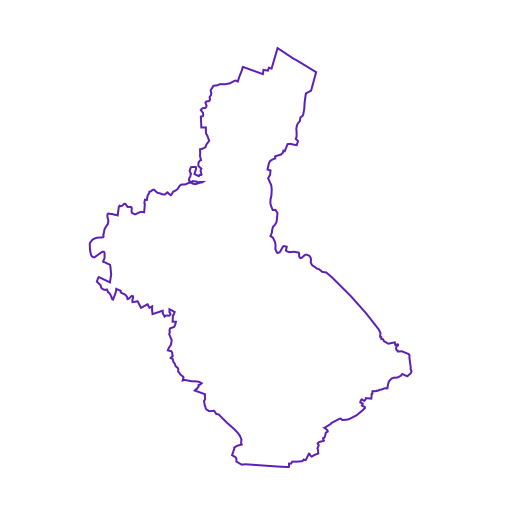 Don Tum, Nakhon Pathom, Thailand (Robinson projection), rotated 6°
{"feature_id": "78962969B74953703233818", "entity_name": "Don Tum", "entity_type": "district", "adm_level": 2, "iso_a3": "THA", "parent_name": "Thailand", "parent_adm1": "Nakhon Pathom", "projection": "robinson", "projection_center": [100.086, 13.961], "detail": "fine", "context": "isolated", "style": "outline", "palette": "violet", "viewbox_px": 512, "rotation_deg": 6, "n_neighbors": 0, "source": "geoboundaries", "source_scale": "gbopen_adm2", "svg_char_len": 6125}
<svg xmlns="http://www.w3.org/2000/svg" viewBox="0 0 512 512"><g transform="rotate(6 256 256)"><path d="M195.8,91.2L194.9,93.4L193.6,95.7L193.7,96.8L194.3,98.0L194.5,99.3L194.4,100.9L193.3,102.7L193.3,103.6L193.9,104.7L193.6,106.2L192.9,107.0L190.5,107.5L189.7,108.5L189.8,109.2L191.1,111.6L190.9,113.1L190.1,114.1L187.2,114.7L185.8,116.6L188.3,119.3L188.8,121.2L188.5,122.5L186.6,123.1L188.2,133.9L192.7,133.4L193.4,139.3L195.0,141.4L197.4,146.3L195.0,150.3L194.3,153.2L191.5,154.9L189.2,155.7L189.8,160.5L189.7,162.0L191.3,166.4L190.1,167.1L189.1,169.2L189.0,170.1L189.3,172.5L192.5,174.9L192.1,175.9L192.0,177.1L193.3,180.8L193.0,181.2L191.3,181.3L190.9,182.5L190.7,182.6L186.2,180.9L187.3,175.5L187.0,174.0L186.7,173.7L182.2,174.4L181.7,175.4L181.1,178.3L182.0,180.0L182.7,180.7L182.3,184.0L181.7,185.1L181.3,187.4L181.5,188.1L182.6,188.8L183.7,189.0L184.8,188.9L185.4,188.1L189.4,188.2L190.1,189.0L192.3,188.3L195.4,187.9L194.8,188.4L192.4,189.0L188.2,190.9L185.7,190.7L184.1,189.9L182.6,190.0L180.9,190.6L178.6,192.1L174.2,192.8L172.8,194.0L171.1,197.5L169.2,199.3L167.0,200.6L165.2,204.3L164.8,204.5L161.2,202.0L158.9,204.4L155.8,204.4L155.2,204.0L151.1,203.3L147.7,200.8L146.9,200.8L146.1,201.1L144.9,202.6L143.3,203.1L143.1,204.6L141.9,207.3L141.6,211.7L139.7,211.6L139.4,215.0L140.0,215.8L140.2,224.2L137.6,224.0L135.7,224.7L131.5,227.2L128.6,226.3L128.0,225.9L127.5,224.2L127.5,221.7L127.1,220.6L126.2,220.3L123.2,220.6L120.7,217.9L119.7,217.8L119.2,218.1L118.1,219.7L117.5,220.0L115.9,220.7L115.0,220.3L114.5,221.3L114.4,222.2L114.2,230.1L112.7,229.7L110.9,229.8L108.7,229.2L107.1,229.4L104.6,229.2L104.0,229.8L104.0,232.2L105.7,237.0L105.2,238.4L105.4,239.5L103.6,242.7L102.5,245.4L102.2,249.6L101.9,250.8L102.4,252.7L101.7,253.5L96.5,254.3L94.8,254.9L91.9,256.6L89.7,259.9L89.4,261.4L90.4,267.8L91.7,271.8L92.7,273.4L93.8,274.0L95.4,274.3L102.1,268.3L103.3,267.7L104.1,267.7L104.6,268.0L105.1,268.9L105.6,274.0L104.5,277.4L104.9,277.9L106.7,278.2L111.7,280.0L112.4,282.1L113.9,289.6L113.5,297.5L101.9,293.4L101.3,294.4L100.4,298.1L104.3,301.1L105.4,303.7L106.4,304.6L108.4,305.4L109.8,305.5L110.5,305.0L111.5,305.0L112.6,307.5L113.8,308.0L115.2,309.6L116.7,312.2L117.1,313.5L117.7,314.0L118.4,314.3L119.6,309.7L120.5,306.0L120.5,303.3L125.1,304.8L125.2,306.1L126.1,306.8L129.2,307.8L130.7,308.7L132.0,310.2L132.8,312.3L133.9,311.8L136.6,308.7L137.9,308.9L138.1,311.1L137.6,312.6L138.0,314.8L143.0,313.4L147.1,319.6L153.2,315.3L153.4,315.4L154.4,317.3L155.1,317.8L155.5,318.6L158.0,316.9L158.2,320.3L159.2,324.6L168.9,320.2L169.2,322.6L171.4,325.8L172.5,324.7L175.8,324.4L176.5,324.0L177.0,323.2L176.9,322.4L175.8,321.0L175.5,318.0L181.0,320.2L180.2,323.1L179.6,323.7L179.9,330.0L183.2,329.8L182.9,332.5L182.1,335.0L178.1,337.0L177.7,339.1L178.3,340.8L177.8,342.7L181.0,348.7L180.7,353.1L178.8,356.7L178.2,359.1L181.7,359.6L182.7,360.7L183.1,362.8L183.7,364.0L181.8,366.3L184.0,367.2L184.9,369.9L186.4,371.5L187.7,374.1L190.1,375.7L190.5,376.8L190.7,379.1L191.7,379.8L193.0,381.7L195.4,383.1L196.6,384.2L196.1,387.4L197.9,386.7L205.4,387.3L210.0,386.9L212.8,387.2L215.3,388.2L213.9,389.7L212.4,390.3L212.5,392.2L211.8,392.7L211.3,394.2L210.0,395.0L209.1,396.2L219.8,398.8L219.7,400.6L220.2,402.1L220.3,404.0L219.4,405.7L220.5,409.4L222.1,413.0L222.8,413.8L225.4,415.1L226.9,415.1L230.3,414.3L231.1,414.9L233.0,417.3L235.3,417.4L245.0,425.2L252.1,430.2L256.0,433.5L258.7,436.4L260.7,440.1L260.7,443.6L261.5,445.0L257.1,446.7L254.4,448.8L254.5,450.1L253.0,456.6L256.7,458.3L257.8,460.1L258.0,462.5L263.5,465.0L267.6,464.2L300.2,463.1L310.7,462.5L310.9,462.0L310.5,459.0L312.6,458.8L313.6,456.7L318.0,456.3L323.1,455.3L323.8,455.0L324.8,453.4L326.3,453.8L326.9,453.6L329.3,447.0L329.7,447.0L331.0,448.8L332.4,449.7L334.5,448.0L338.6,445.9L337.9,442.4L337.2,440.7L338.2,437.6L337.1,436.4L336.9,435.8L338.3,434.4L342.4,432.9L342.8,432.4L341.9,431.0L341.7,430.2L342.5,429.8L343.1,429.1L343.6,427.4L343.9,424.4L345.7,423.1L345.1,421.6L341.9,419.7L343.1,419.0L347.6,415.4L348.8,414.0L356.1,409.1L357.3,408.9L358.6,409.9L359.4,410.1L364.1,409.1L366.3,408.1L372.9,403.7L377.6,398.9L380.3,395.7L379.8,394.6L377.9,394.2L376.9,393.6L377.7,392.1L377.6,391.6L375.0,390.7L375.4,388.4L376.3,387.5L378.7,388.8L380.0,387.3L380.1,385.9L385.6,385.8L385.5,381.0L386.1,380.8L386.0,378.3L389.7,377.8L390.2,377.3L391.4,377.3L392.8,376.2L394.5,375.8L397.5,374.3L398.9,373.9L399.8,374.1L400.5,373.9L400.6,371.0L401.2,367.2L402.6,364.9L403.8,363.6L406.5,362.4L408.1,362.5L410.3,361.5L412.5,360.0L413.8,358.1L419.0,359.8L421.8,356.9L422.5,355.6L422.6,354.5L421.5,351.9L421.6,350.9L419.3,341.6L418.9,338.3L417.9,337.5L410.9,335.5L407.2,336.2L406.8,335.3L405.7,335.1L404.9,333.2L405.2,331.2L406.5,330.2L406.5,329.2L406.2,329.0L403.9,329.9L403.0,327.4L396.8,329.4L392.1,327.3L391.2,325.6L389.2,325.3L389.1,323.6L387.9,323.4L387.8,319.6L385.9,316.4L371.4,301.4L354.5,286.0L333.8,269.3L327.7,265.1L323.4,264.8L320.2,262.6L317.9,262.1L312.6,259.1L311.1,256.6L311.1,253.9L310.6,252.2L309.7,250.9L308.8,250.1L306.1,249.4L304.7,249.7L301.5,253.1L300.3,253.5L299.0,252.0L298.5,248.6L298.1,248.1L293.3,247.8L289.0,248.7L286.2,248.1L285.4,247.6L285.2,247.1L285.6,243.6L283.0,243.2L281.9,243.7L279.4,249.5L278.1,250.4L276.9,250.7L276.4,250.3L274.5,247.0L274.3,243.1L273.4,240.0L270.9,236.0L268.3,234.7L269.3,231.4L269.3,228.9L269.8,225.4L271.6,222.9L272.9,220.0L272.9,211.1L270.5,208.1L267.8,208.5L265.9,205.0L264.8,202.2L264.5,198.5L265.0,194.5L264.7,188.3L263.8,184.1L259.9,177.4L261.5,173.8L261.5,169.4L258.4,168.8L259.1,162.8L260.0,160.1L262.4,158.2L265.0,156.9L264.6,155.3L264.8,154.7L270.5,152.4L270.7,151.8L271.9,150.7L272.3,148.4L273.6,148.8L275.7,141.4L278.4,140.9L284.8,141.6L285.8,137.6L285.4,136.9L283.3,135.4L283.9,133.2L283.4,128.3L282.8,125.4L283.0,122.5L283.5,120.3L285.5,117.1L285.7,113.5L287.7,111.7L288.2,110.4L288.6,104.8L288.3,97.9L288.6,89.1L293.5,85.8L296.6,66.9L275.5,56.9L272.8,55.9L255.7,47.0L251.9,68.0L249.2,67.4L248.5,70.4L244.0,70.1L243.8,74.4L223.2,69.3L222.5,73.0L220.6,79.7L219.7,84.4L217.9,83.7L216.5,83.9L211.8,87.1L207.1,88.4L202.1,88.9L199.7,90.3L195.8,91.2Z" fill="none" stroke="#5b21b6" stroke-width="2"/></g></svg>